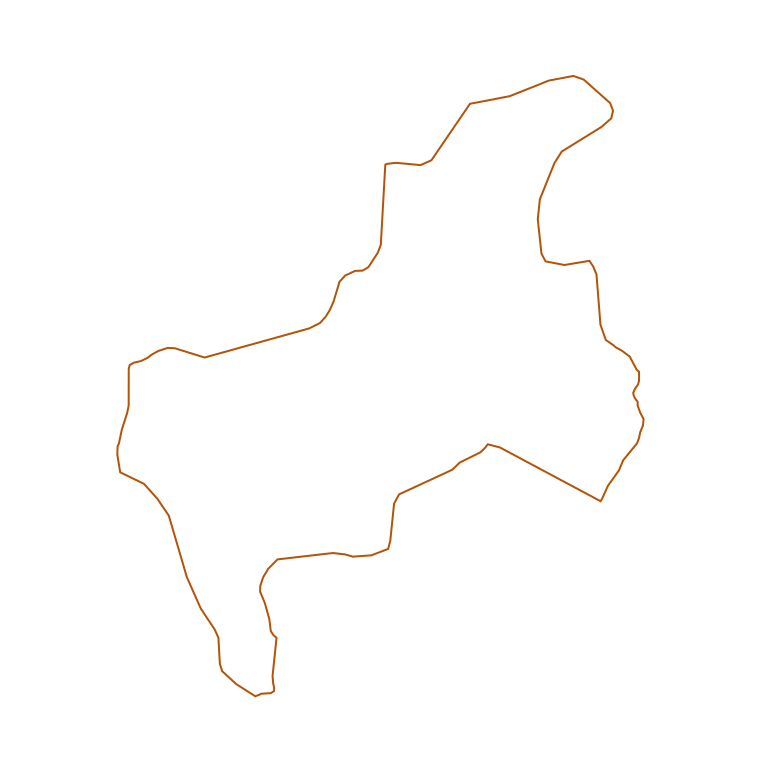 map outline of Yazd (Natural Earth projection), rotated 4°
{"feature_id": "IRN-3217", "entity_name": "Yazd", "entity_type": "Province", "adm_level": 1, "iso_a3": "IRN", "parent_name": "Iran", "parent_adm1": "", "projection": "natural_earth1", "projection_center": [55.694, 32.497], "detail": "fine", "context": "isolated", "style": "outline", "palette": "amber", "viewbox_px": 768, "rotation_deg": 4, "n_neighbors": 0, "source": "natural_earth", "source_scale": "10m", "svg_char_len": 1645}
<svg xmlns="http://www.w3.org/2000/svg" viewBox="0 0 768 768"><g transform="rotate(4 384 384)"><path d="M203.2,370.1L305.6,333.7L315.8,327.7L321.1,321.0L324.9,313.8L328.0,305.0L332.5,285.1L337.7,278.5L347.2,273.2L354.7,272.4L360.3,268.5L368.5,253.8L371.1,245.4L370.0,165.3L370.1,165.0L371.7,164.2L380.6,162.5L405.2,163.1L415.7,157.5L450.2,98.5L489.3,88.1L527.3,69.8L551.4,63.5L562.0,66.4L590.1,88.1L593.4,95.5L592.2,103.1L583.0,112.4L545.1,139.7L538.6,151.7L526.6,188.9L525.9,208.9L532.0,243.0L536.6,250.4L555.7,252.7L580.3,246.8L584.5,252.2L588.3,259.8L595.8,309.8L602.2,324.6L610.4,329.5L612.7,331.3L619.0,334.2L627.2,339.5L635.1,352.2L637.6,354.0L638.2,363.1L637.4,366.8L634.8,371.2L633.2,375.4L633.9,378.0L635.4,380.8L638.3,384.1L638.5,387.7L641.4,394.3L645.4,401.0L645.2,407.5L643.0,414.1L642.2,419.9L640.6,425.5L627.9,443.4L624.4,453.8L614.5,469.9L609.5,483.4L608.2,485.8L504.0,439.2L491.7,436.9L489.6,440.2L485.1,445.3L465.0,457.1L458.2,464.7L406.8,493.0L402.4,502.6L401.2,540.0L399.7,548.2L383.3,555.8L365.0,558.4L357.0,556.7L344.6,556.2L290.0,566.4L281.4,576.4L276.9,585.3L274.7,593.9L274.9,599.8L280.3,610.6L286.0,626.5L288.3,638.4L291.4,642.4L294.5,644.7L293.2,683.1L294.2,689.9L295.6,694.6L295.7,698.0L292.6,700.3L282.7,701.6L281.7,702.5L277.4,704.5L257.7,693.8L242.6,681.8L239.8,674.7L236.5,648.7L232.3,640.8L216.9,620.8L200.8,590.4L178.5,530.3L166.1,514.5L151.6,500.4L127.0,490.5L122.9,473.1L122.6,464.8L123.7,461.9L125.7,447.5L129.8,430.9L130.8,423.3L128.3,386.8L129.0,382.9L132.9,380.2L139.9,378.1L146.2,374.4L150.5,370.7L156.3,366.9L165.6,363.1L172.7,362.9L203.2,370.1Z" fill="none" stroke="#b45309" stroke-width="2"/></g></svg>